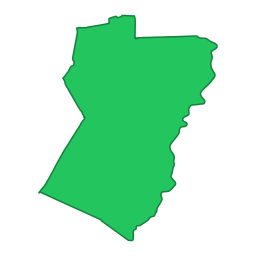 Amstelveen, Noord-Holland, Netherlands (Albers equal-area conic projection)
{"feature_id": "6326949B86462259358438", "entity_name": "Amstelveen", "entity_type": "district", "adm_level": 2, "iso_a3": "NLD", "parent_name": "Netherlands", "parent_adm1": "Noord-Holland", "projection": "albers", "projection_center": [4.846, 52.286], "detail": "fine", "context": "isolated", "style": "filled", "palette": "green", "viewbox_px": 256, "rotation_deg": 0, "n_neighbors": 0, "source": "geoboundaries", "source_scale": "gbopen_adm2", "svg_char_len": 5416}
<svg xmlns="http://www.w3.org/2000/svg" viewBox="0 0 256 256"><path d="M39.2,192.8L39.6,192.5L40.0,192.0L73.0,207.1L73.5,207.3L85.7,212.8L101.6,220.1L101.4,220.8L128.4,240.3L131.6,240.6L132.0,240.6L132.3,240.4L132.6,240.3L132.9,239.9L133.0,239.7L133.2,238.8L133.3,238.3L133.4,235.3L133.3,232.5L133.4,231.8L133.4,231.5L133.5,231.1L133.6,230.8L133.7,230.5L133.9,230.3L134.2,230.0L134.4,229.9L135.7,229.3L135.9,229.2L136.1,228.5L136.2,227.6L136.2,227.1L136.3,226.7L136.7,226.0L136.9,225.8L137.3,225.7L138.9,225.7L139.6,225.6L140.9,224.9L141.7,224.5L143.0,223.6L143.9,222.9L144.7,222.5L145.5,222.0L146.3,221.4L146.8,221.0L147.6,220.5L148.1,220.0L148.5,219.6L148.8,219.0L149.6,218.0L150.5,217.3L151.0,217.0L151.4,216.8L152.3,216.6L153.0,216.4L153.4,216.3L154.1,216.0L154.4,215.7L154.7,215.2L155.2,213.7L156.1,212.0L156.3,211.4L156.5,211.6L156.8,210.2L157.0,208.8L157.3,207.7L158.1,206.5L159.2,204.8L160.2,203.2L161.0,201.7L161.7,200.4L162.0,199.5L161.9,198.1L161.3,196.4L160.9,195.0L161.1,193.9L161.4,193.1L161.9,192.3L162.6,191.9L163.5,191.8L164.6,191.7L167.1,191.5L168.6,191.2L169.4,190.8L170.4,190.2L171.9,188.8L173.4,186.9L175.0,185.2L175.5,184.3L175.6,183.8L175.6,183.7L175.5,183.0L175.3,182.4L174.4,181.1L172.5,179.1L172.2,178.7L171.7,178.1L171.2,177.2L171.0,176.6L171.0,176.2L171.0,175.8L172.0,173.4L172.4,171.1L172.7,169.3L172.8,168.9L173.0,168.2L173.8,166.2L174.1,165.3L174.3,164.8L174.3,164.5L174.3,163.9L174.1,163.2L173.7,161.9L173.6,161.5L173.6,161.0L173.8,160.2L174.1,159.0L174.3,158.3L174.3,157.9L174.2,156.6L173.9,155.4L173.1,153.9L171.8,152.1L171.1,151.1L170.8,150.6L170.5,149.7L170.2,148.9L170.1,148.4L170.0,148.0L169.9,147.4L169.9,146.9L169.9,146.6L170.1,145.7L170.3,145.1L170.7,144.4L171.9,142.5L177.2,135.9L178.0,134.7L178.6,133.8L178.9,133.2L179.3,131.9L179.4,130.2L179.4,129.8L179.6,129.2L179.8,128.7L180.1,128.1L180.3,127.8L180.7,127.3L181.1,127.1L181.4,126.9L182.0,126.8L184.2,126.6L184.8,126.4L185.3,126.3L185.8,126.0L186.3,125.6L186.7,125.2L186.9,124.8L187.0,124.4L187.0,124.0L187.0,123.7L186.9,123.3L186.7,123.1L186.3,122.7L183.6,121.2L183.2,120.8L182.9,120.5L182.8,120.3L182.7,120.0L182.7,119.5L182.8,119.0L182.8,118.8L183.0,118.5L183.3,118.1L183.8,117.5L184.1,117.2L185.0,116.6L186.4,116.0L187.8,115.3L188.3,115.0L188.6,114.7L188.9,114.2L189.0,113.7L189.0,113.2L188.8,111.4L188.7,109.7L188.7,109.4L188.8,108.9L188.9,108.3L189.1,107.8L189.3,107.5L190.5,105.8L191.2,105.4L191.8,105.1L193.3,104.9L194.1,104.8L195.7,104.7L197.7,104.5L201.0,104.0L201.7,104.0L202.7,104.0L203.1,103.9L203.5,103.7L203.9,103.5L204.2,103.3L204.4,102.9L204.5,102.7L204.7,102.3L204.8,101.9L204.8,101.5L204.8,101.2L204.7,100.7L204.5,100.3L204.0,99.6L203.4,98.9L202.6,98.1L202.3,97.8L201.9,97.3L201.5,96.7L201.0,95.8L200.9,95.5L200.7,95.2L200.6,94.6L200.5,93.9L200.6,93.3L200.7,92.8L201.0,92.0L201.4,91.5L201.9,90.8L202.7,89.9L206.3,86.4L208.1,84.8L208.9,83.8L210.7,82.0L212.7,79.4L213.2,78.8L214.0,77.8L214.5,76.9L214.8,76.3L215.0,75.2L214.7,73.7L214.3,73.0L212.5,70.1L211.9,68.9L211.5,67.8L211.3,67.3L211.1,66.7L211.0,65.8L210.8,64.2L210.9,62.7L211.1,61.5L211.5,60.3L212.0,58.8L212.2,57.6L212.1,56.2L211.9,55.1L211.2,53.3L211.2,52.9L211.2,52.6L211.2,52.3L211.3,51.9L211.5,51.6L211.7,51.3L213.2,50.1L215.2,49.0L216.4,48.0L217.0,46.9L216.9,45.1L215.0,43.4L211.4,41.8L210.1,41.2L209.2,40.5L207.4,39.3L206.7,38.8L206.1,38.5L205.3,38.3L204.2,38.2L201.8,38.2L200.1,38.0L198.4,37.4L197.2,36.3L197.0,36.0L195.2,36.1L194.9,36.0L194.4,36.0L192.6,36.1L175.4,36.7L142.4,37.6L137.4,37.8L137.1,37.9L137.0,38.1L137.0,38.6L135.7,38.6L135.7,38.3L135.4,38.2L135.4,37.7L135.0,37.7L135.2,21.8L135.1,19.7L135.1,18.9L135.0,18.5L134.8,17.6L134.7,17.6L134.4,16.0L127.6,15.7L122.1,15.4L121.6,16.4L121.5,16.6L121.4,16.7L117.8,17.6L115.8,16.3L110.5,17.9L108.8,19.0L109.1,21.6L109.1,23.0L108.7,23.0L108.7,23.5L100.2,25.1L88.0,27.1L86.7,27.6L84.8,27.7L78.4,27.6L78.2,27.6L77.8,28.0L76.7,28.1L76.9,28.8L77.0,29.4L77.2,30.1L77.3,31.2L77.3,32.3L77.3,32.8L77.2,33.8L73.0,56.1L72.6,58.7L72.6,59.0L72.7,59.3L72.9,59.8L73.1,60.2L73.7,61.1L74.0,61.6L74.1,61.9L74.2,62.2L74.2,62.6L74.0,63.2L73.9,63.9L73.6,64.9L73.5,65.0L73.4,65.2L73.2,65.4L72.5,65.8L71.5,66.2L71.2,66.4L70.8,66.7L70.6,67.0L68.6,70.9L68.0,72.0L65.2,75.6L63.7,77.5L63.3,78.0L62.9,78.3L63.8,79.5L64.0,80.0L64.3,80.4L64.7,81.3L64.8,81.4L64.9,82.4L65.2,83.8L65.4,84.4L78.6,107.4L80.1,109.7L80.8,110.6L81.3,111.2L81.4,111.4L81.6,111.4L81.9,111.7L82.0,112.1L82.1,112.9L82.2,113.0L83.1,114.8L83.8,115.9L84.1,116.4L84.6,117.0L84.0,117.3L84.5,118.2L84.6,118.6L84.5,118.9L84.1,119.4L83.9,119.8L83.5,120.0L82.4,121.4L80.7,124.0L80.8,124.3L80.7,124.5L80.2,125.2L79.4,126.4L79.1,126.7L79.1,126.8L78.2,128.3L78.0,128.6L77.7,129.1L76.2,131.4L76.2,131.5L75.0,133.4L73.7,135.4L73.6,135.5L73.0,136.8L72.9,136.7L72.8,136.8L71.8,138.5L71.5,138.8L71.3,139.2L66.7,146.6L66.3,147.1L65.7,148.0L65.3,148.7L65.2,149.0L64.0,150.8L63.2,152.3L62.9,152.6L62.5,153.4L62.1,154.2L61.8,154.7L56.7,163.9L56.6,164.1L55.0,167.1L53.1,170.7L52.4,172.0L52.2,172.4L52.0,172.9L51.7,173.4L51.6,173.6L50.8,174.9L50.8,175.0L50.6,175.2L50.0,176.4L50.0,176.5L49.3,177.6L47.7,180.6L47.5,180.9L47.3,181.2L47.2,181.4L47.0,181.8L46.9,181.9L46.8,182.2L46.3,183.0L46.2,183.1L46.1,183.4L45.7,184.1L45.4,184.5L44.8,185.3L44.7,185.6L44.1,186.3L43.7,186.8L43.4,187.1L42.7,188.0L42.4,188.4L42.1,188.7L41.9,188.8L41.6,189.3L40.6,190.5L40.3,191.0L40.1,191.2L39.6,191.8L39.0,192.4L39.2,192.8Z" fill="#22c55e" stroke="#15803d" stroke-width="1.5"/></svg>